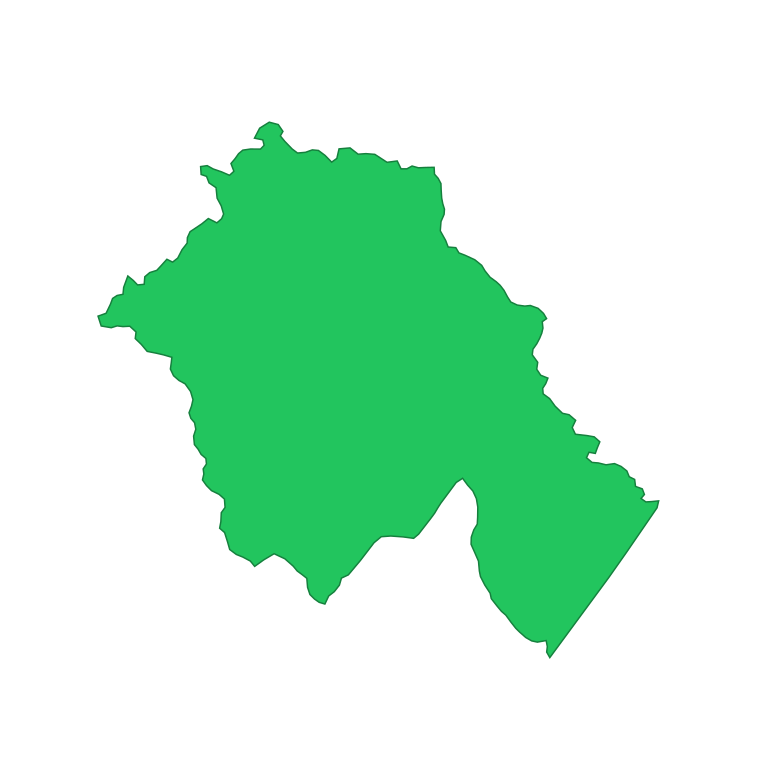 Maringá, Paraná, Brazil, rotated 283°
{"feature_id": "56859067B20874146642258", "entity_name": "Maringá", "entity_type": "district", "adm_level": 2, "iso_a3": "BRA", "parent_name": "Brazil", "parent_adm1": "Paraná", "projection": "mercator", "projection_center": [-51.963, -23.405], "detail": "fine", "context": "isolated", "style": "filled", "palette": "green", "viewbox_px": 768, "rotation_deg": 283, "n_neighbors": 0, "source": "geoboundaries", "source_scale": "gbopen_adm2", "svg_char_len": 3274}
<svg xmlns="http://www.w3.org/2000/svg" viewBox="0 0 768 768"><g transform="rotate(283 384 384)"><path d="M385.8,90.1L376.9,95.4L377.5,105.6L380.6,110.9L381.2,116.7L383.1,123.3L378.9,130.7L372.3,131.4L368.0,138.6L362.5,145.9L362.8,155.2L362.8,162.6L362.3,171.3L357.2,171.9L350.5,172.5L344.7,177.1L341.3,183.5L339.4,190.2L333.2,197.2L325.8,201.4L319.0,201.4L312.1,200.5L307.1,203.5L303.7,208.1L297.6,210.8L290.4,210.2L282.3,212.9L278.7,217.5L274.2,221.7L271.4,227.2L266.1,229.0L260.6,226.9L255.8,228.7L249.7,228.7L245.1,233.9L241.3,239.9L239.4,248.1L236.0,254.4L228.0,256.9L222.0,254.4L213.2,256.0L206.5,256.3L203.4,262.1L195.1,267.0L188.0,270.9L184.7,278.4L183.6,285.4L181.4,293.6L177.2,299.0L185.6,306.4L193.9,315.1L191.4,326.7L186.1,336.5L182.2,341.6L180.0,346.8L177.3,352.5L168.6,355.3L162.2,359.2L158.8,364.7L156.7,369.9L156.3,375.9L165.0,377.8L170.5,382.3L178.0,385.8L185.3,386.2L190.0,392.2L206.7,400.7L227.1,410.0L234.6,415.7L237.4,424.8L239.3,437.0L240.3,447.6L245.5,451.5L263.3,459.7L269.5,462.4L275.5,464.3L280.5,466.1L304.3,476.5L309.8,481.8L304.3,488.2L299.7,494.7L293.1,499.8L285.1,503.1L275.3,505.2L268.4,506.4L262.0,504.3L254.4,503.5L247.4,504.9L240.1,510.4L232.7,515.9L223.2,519.0L218.1,521.3L210.7,527.5L204.0,534.5L199.0,536.8L193.0,544.2L188.9,549.6L186.2,554.7L180.3,561.5L175.5,567.5L172.7,572.1L168.9,579.1L166.9,585.7L167.0,591.5L170.5,599.7L164.9,602.2L159.4,602.8L154.7,607.1L246.1,646.6L273.9,657.9L324.8,677.9L331.9,677.9L329.6,671.1L328.0,665.7L330.3,660.2L334.9,662.6L339.9,659.3L340.8,652.1L347.4,649.7L348.8,643.8L353.9,640.2L357.0,633.6L358.3,626.5L355.2,618.5L355.3,610.7L354.4,604.3L357.7,597.9L363.6,599.1L363.9,605.5L369.8,606.2L376.2,607.3L379.8,600.7L379.4,593.3L378.1,581.8L383.9,577.2L391.7,578.9L395.7,571.2L395.6,564.5L400.9,555.7L407.0,548.7L410.2,541.3L415.5,539.6L420.7,541.5L426.6,542.4L427.8,534.7L432.7,529.5L439.7,528.9L445.8,521.9L451.4,521.3L457.5,523.8L463.6,525.4L469.0,526.3L474.2,526.3L480.3,524.2L484.3,527.7L488.7,523.5L492.4,517.1L493.4,508.9L491.6,503.7L490.9,496.1L492.4,489.1L496.5,484.9L502.3,479.8L506.3,474.9L508.9,470.3L511.9,463.3L516.9,457.0L521.6,452.5L525.5,444.5L527.7,433.9L528.6,427.5L533.0,423.3L531.9,415.7L537.7,411.8L545.9,404.4L555.1,403.0L562.8,404.4L567.9,403.6L572.9,400.7L578.1,398.4L586.1,396.0L592.1,394.4L596.6,390.5L599.8,386.0L606.4,384.1L604.3,375.7L602.4,368.9L602.7,362.3L598.8,357.9L597.5,352.2L604.3,346.7L600.7,337.1L605.7,323.4L604.4,314.6L602.1,307.1L606.4,297.8L603.0,287.3L593.2,287.3L588.4,283.1L593.5,275.1L596.8,267.6L596.0,261.5L592.1,255.4L589.6,247.8L592.3,241.7L598.0,232.9L602.4,227.2L607.4,228.7L613.0,222.6L613.3,213.3L605.3,205.3L594.4,202.5L594.6,211.0L589.6,213.5L585.1,210.8L582.9,201.0L580.1,193.8L575.7,190.5L570.3,188.3L564.4,185.3L557.5,189.9L552.6,186.5L554.2,177.9L555.1,169.2L557.0,162.6L554.6,156.4L547.0,158.7L546.4,164.4L540.6,168.3L537.5,176.2L527.5,179.6L521.0,185.3L513.5,189.5L508.5,188.6L503.4,184.9L505.7,175.6L499.0,170.4L488.8,160.8L482.4,159.5L477.0,160.5L469.4,157.0L460.3,154.7L455.2,150.6L456.7,144.4L448.6,139.9L443.6,137.0L439.9,130.7L434.7,126.8L427.2,127.9L425.1,121.6L428.5,116.4L431.6,110.1L419.6,108.6L412.7,109.5L410.2,104.0L406.3,100.3L400.2,99.5L390.4,97.3L385.8,90.1Z" fill="#22c55e" stroke="#15803d" stroke-width="1.5"/></g></svg>